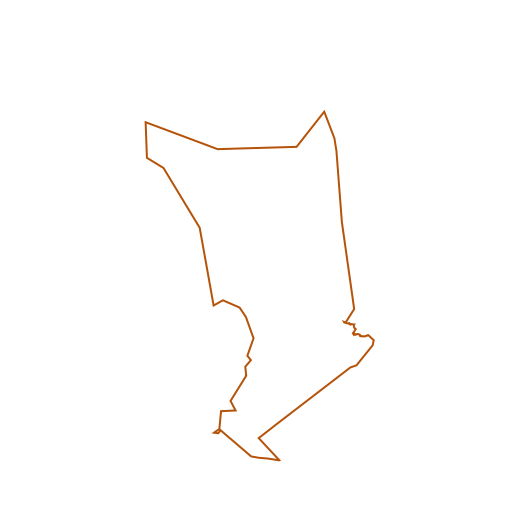 Jones, North Carolina, United States of America (orthographic projection), rotated 51°
{"feature_id": "52423323B45605902717918", "entity_name": "Jones", "entity_type": "district", "adm_level": 2, "iso_a3": "USA", "parent_name": "United States of America", "parent_adm1": "North Carolina", "projection": "orthographic", "projection_center": [-77.17, 35.012], "detail": "fine", "context": "isolated", "style": "outline", "palette": "amber", "viewbox_px": 512, "rotation_deg": 51, "n_neighbors": 0, "source": "geoboundaries", "source_scale": "gbopen_adm2", "svg_char_len": 1999}
<svg xmlns="http://www.w3.org/2000/svg" viewBox="0 0 512 512"><g transform="rotate(51 256 256)"><path d="M82.6,257.6L110.3,278.4L111.1,279.0L129.4,272.5L198.6,282.0L236.8,303.0L248.2,309.3L250.2,310.4L267.8,320.1L269.6,309.6L285.7,301.2L297.0,302.2L318.4,309.7L328.1,325.5L333.7,325.5L335.3,334.0L342.8,338.9L342.8,339.1L342.7,339.3L342.9,339.5L343.1,339.6L352.6,367.0L363.2,369.1L354.6,380.8L367.4,393.4L366.9,399.8L370.0,396.9L369.1,393.2L408.7,385.9L414.8,380.6L420.9,374.2L429.3,366.7L429.4,366.4L399.2,368.5L399.5,354.8L399.6,347.1L402.0,252.8L404.2,246.8L398.8,221.5L395.5,217.5L388.2,218.5L388.0,218.8L387.9,219.0L387.8,219.3L387.8,219.5L387.7,219.5L387.6,219.8L387.5,220.0L387.4,220.1L387.4,220.3L387.4,220.5L387.4,220.8L387.3,221.0L387.3,221.3L387.2,221.5L387.1,221.8L386.9,221.9L386.9,222.0L386.7,222.2L386.5,222.4L386.4,222.5L386.3,222.8L386.2,222.8L386.0,223.0L385.9,223.1L385.8,223.3L385.7,223.4L385.7,223.5L385.5,223.8L385.4,223.8L385.2,224.0L384.9,224.2L384.9,224.3L384.7,224.4L384.5,224.5L384.4,224.7L384.3,224.9L384.2,225.0L384.1,225.3L383.9,225.4L383.7,225.5L383.5,225.4L383.4,225.4L383.2,225.2L383.2,224.9L382.8,224.9L382.6,224.9L382.4,224.9L382.3,225.0L382.2,225.0L381.9,225.2L381.7,225.3L381.4,225.5L381.2,225.7L381.0,225.8L380.9,225.8L380.8,226.0L380.6,226.1L380.5,226.3L380.4,226.4L380.4,226.5L380.3,226.8L380.2,226.9L380.2,227.0L380.2,227.3L380.1,227.5L380.0,227.8L379.9,228.0L379.7,228.3L379.4,228.4L379.2,228.4L378.9,228.4L378.7,228.3L378.6,228.2L378.4,228.3L378.3,228.5L378.2,228.8L378.3,228.9L378.4,229.0L378.5,229.0L378.8,229.2L378.9,229.3L379.0,229.4L379.0,229.5L377.1,229.4L375.6,224.5L373.6,224.8L372.8,224.5L371.2,223.4L371.0,222.8L369.7,224.2L369.1,224.4L368.8,225.8L367.9,226.2L367.4,225.7L366.8,225.8L366.0,227.3L363.2,229.2L362.6,229.1L364.1,228.2L359.0,213.1L348.2,206.6L283.5,167.8L282.2,166.9L225.0,127.4L213.9,121.0L187.9,112.5L186.8,112.2L196.7,155.8L159.9,204.0L155.0,210.5L148.8,218.6L82.6,257.6Z" fill="none" stroke="#b45309" stroke-width="2"/></g></svg>